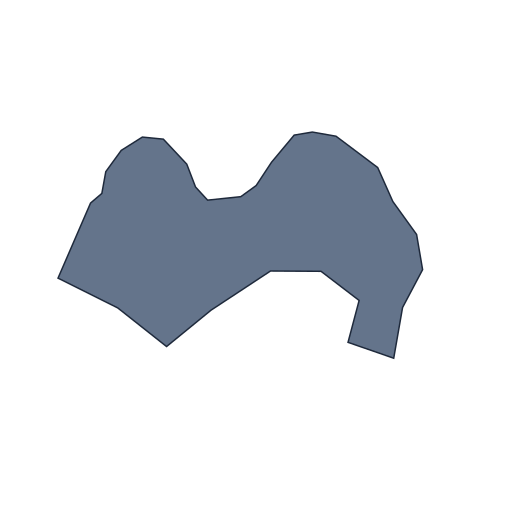 SVG path tracing the border of Royal Borough of Windsor and Maidenhead, rotated 311°
{"feature_id": "GBR-5703", "entity_name": "Royal Borough of Windsor and Maidenhead", "entity_type": "Unitary Authority", "adm_level": 1, "iso_a3": "GBR", "parent_name": "United Kingdom", "parent_adm1": "", "projection": "albers", "projection_center": [-0.692, 51.465], "detail": "fine", "context": "isolated", "style": "filled", "palette": "slate", "viewbox_px": 512, "rotation_deg": 311, "n_neighbors": 0, "source": "natural_earth", "source_scale": "10m", "svg_char_len": 525}
<svg xmlns="http://www.w3.org/2000/svg" viewBox="0 0 512 512"><g transform="rotate(311 256 256)"><path d="M247.3,85.0L271.2,92.2L283.4,109.4L279.9,143.5L268.4,165.1L266.4,182.8L290.8,205.6L309.3,209.9L337.0,206.2L372.3,205.5L386.5,217.2L398.9,237.8L402.6,289.8L386.9,323.5L377.6,363.1L355.0,390.7L313.3,400.4L269.2,427.0L251.2,382.1L290.1,363.0L287.1,315.1L254.2,276.8L185.6,257.6L129.0,247.9L126.1,185.7L109.4,121.1L187.4,96.4L202.1,98.6L221.1,87.3L247.3,85.0Z" fill="#64748b" stroke="#1e293b" stroke-width="1.5"/></g></svg>